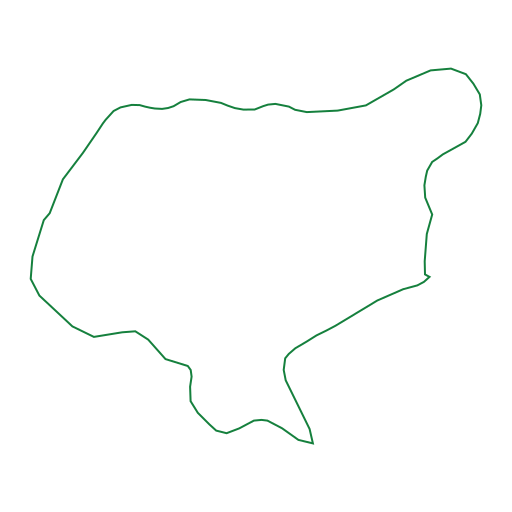 San Miguel Sigüila, Quezaltenango, Guatemala (Mercator projection)
{"feature_id": "79465075B47659250151681", "entity_name": "San Miguel Sigüila", "entity_type": "district", "adm_level": 2, "iso_a3": "GTM", "parent_name": "Guatemala", "parent_adm1": "Quezaltenango", "projection": "mercator", "projection_center": [-91.6, 14.9], "detail": "fine", "context": "isolated", "style": "outline", "palette": "green", "viewbox_px": 512, "rotation_deg": 0, "n_neighbors": 0, "source": "geoboundaries", "source_scale": "gbopen_adm2", "svg_char_len": 1273}
<svg xmlns="http://www.w3.org/2000/svg" viewBox="0 0 512 512"><path d="M105.7,119.7L102.9,123.4L96.5,133.1L82.9,152.9L62.9,179.3L49.7,213.2L43.8,220.1L32.5,256.5L30.7,278.9L39.4,295.6L72.4,326.4L93.9,336.9L122.2,332.3L135.3,331.3L148.2,339.6L165.5,359.1L187.8,366.0L190.7,370.0L191.6,376.6L190.1,386.7L190.6,401.2L197.8,412.8L209.4,424.4L216.2,430.6L226.6,433.2L239.2,428.4L253.9,420.6L261.5,419.9L267.4,420.6L282.1,428.3L298.4,439.9L312.9,443.4L309.6,429.0L285.7,380.3L283.7,369.9L285.2,358.3L288.8,353.9L295.4,348.2L306.8,341.5L316.5,335.4L326.3,330.6L335.4,325.8L377.3,300.5L403.2,289.2L417.3,285.4L423.9,281.9L429.5,276.9L425.0,274.4L424.7,261.3L426.8,234.0L432.2,214.5L425.2,197.6L424.4,185.3L425.8,176.7L427.2,170.6L432.2,161.9L437.7,158.2L442.8,154.4L465.5,141.8L471.8,133.6L477.8,123.1L480.2,113.9L481.3,105.3L479.8,94.4L473.4,83.7L465.9,74.2L451.0,68.6L430.6,70.4L406.3,80.7L393.8,89.4L365.9,105.4L337.7,110.6L306.8,112.1L295.1,109.8L288.9,106.6L275.4,103.9L268.1,104.6L263.3,106.1L254.7,109.5L243.4,109.6L234.9,108.1L227.6,105.6L221.0,102.9L205.7,100.0L189.5,99.4L180.7,102.0L173.6,106.2L168.1,108.0L162.1,108.9L154.8,108.5L149.9,107.7L145.0,106.6L139.7,105.1L131.7,104.9L120.5,107.4L113.6,111.0L105.7,119.7Z" fill="none" stroke="#15803d" stroke-width="2"/></svg>